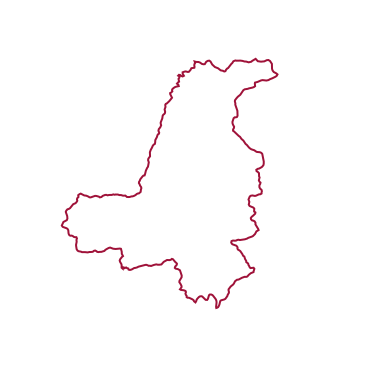 outline of Ituiutaba, Minas Gerais, Brazil, rotated 62°
{"feature_id": "56859067B2687887940000", "entity_name": "Ituiutaba", "entity_type": "district", "adm_level": 2, "iso_a3": "BRA", "parent_name": "Brazil", "parent_adm1": "Minas Gerais", "projection": "albers", "projection_center": [-49.543, -18.985], "detail": "fine", "context": "isolated", "style": "outline", "palette": "rose", "viewbox_px": 384, "rotation_deg": 62, "n_neighbors": 0, "source": "geoboundaries", "source_scale": "gbopen_adm2", "svg_char_len": 6061}
<svg xmlns="http://www.w3.org/2000/svg" viewBox="0 0 384 384"><g transform="rotate(62 192 192)"><path d="M227.3,289.1L226.0,288.3L226.7,287.5L227.6,287.3L227.7,285.6L228.9,285.0L229.6,284.2L230.8,284.4L231.7,283.4L232.1,281.7L232.0,278.6L232.4,277.7L232.8,275.9L232.8,274.3L234.5,267.3L235.0,266.3L236.9,264.8L237.3,263.8L238.1,262.9L238.5,260.0L239.1,257.6L240.1,256.4L240.8,255.2L241.6,253.0L240.4,249.8L240.3,246.0L241.6,243.8L241.9,242.5L241.6,241.2L242.4,240.4L246.1,239.6L247.3,239.1L248.4,239.0L249.4,240.1L249.9,241.8L250.9,242.8L251.9,242.5L253.5,240.6L255.5,239.4L260.9,240.3L262.4,241.2L264.5,244.7L265.6,245.5L268.1,245.3L270.2,245.4L271.2,246.0L272.3,248.3L273.3,247.7L274.9,245.4L276.3,244.2L277.5,244.3L278.7,245.5L279.9,245.7L281.2,245.5L282.4,246.1L283.3,245.5L283.9,244.4L284.7,243.7L287.0,242.0L288.3,241.4L289.5,241.5L291.1,240.8L290.4,239.6L289.4,238.6L288.8,237.6L288.0,235.3L287.9,234.0L288.4,232.7L289.1,232.0L293.6,230.6L294.4,229.3L293.8,228.1L291.1,225.4L290.9,224.3L291.6,223.1L292.5,222.4L293.4,222.1L297.4,221.4L298.6,221.4L299.7,221.6L301.1,222.2L304.8,224.7L305.8,225.0L306.0,223.9L305.9,222.9L305.2,221.8L304.3,220.7L301.6,218.3L301.3,217.2L302.0,214.0L302.0,212.7L300.5,209.7L299.6,208.8L298.3,206.7L297.3,206.2L296.2,206.0L295.1,205.4L293.6,202.2L293.0,199.1L292.5,198.0L291.0,195.9L290.6,193.5L291.2,191.9L291.2,188.0L291.6,185.3L292.4,184.0L292.6,182.8L291.8,180.8L291.3,178.3L291.6,175.3L290.8,174.7L289.1,173.0L287.8,173.2L286.6,176.1L285.6,176.4L284.3,176.3L282.9,176.4L281.5,176.0L279.4,177.0L278.3,176.5L276.1,176.6L273.5,176.1L272.3,176.8L270.5,176.7L266.9,177.1L265.6,177.7L264.3,178.5L263.2,178.4L262.3,177.8L261.3,177.8L260.2,178.1L257.2,180.8L256.3,181.1L255.0,181.1L253.9,180.1L254.1,178.6L255.2,176.9L255.6,175.8L255.6,174.5L256.0,173.3L256.9,172.3L258.6,167.5L259.0,165.2L258.9,163.8L259.5,160.0L259.5,158.8L258.7,156.1L257.0,153.6L256.9,151.1L255.7,150.9L250.4,151.2L249.0,150.4L247.3,150.5L246.2,151.2L245.3,152.3L243.8,152.7L242.6,152.3L241.9,150.9L241.6,149.2L240.8,146.4L239.8,145.6L238.4,146.3L235.8,144.8L234.5,145.2L231.4,147.7L229.8,147.8L227.6,146.0L225.1,145.6L223.1,143.1L222.9,141.9L223.4,140.3L225.0,138.3L225.3,137.3L225.5,134.1L226.1,132.6L226.0,131.3L224.9,130.7L224.1,129.9L222.7,129.6L220.9,130.3L219.3,130.2L217.7,129.3L216.8,127.9L215.8,127.1L214.6,127.6L213.1,127.5L210.9,125.5L209.6,125.4L206.8,124.0L205.1,124.5L203.9,125.2L202.6,124.8L202.4,123.1L202.8,121.8L202.8,120.2L202.7,118.5L202.3,117.4L201.8,116.3L200.7,115.4L198.7,114.3L191.4,112.1L190.4,112.3L189.4,112.8L188.6,113.6L187.1,115.9L185.9,116.7L184.5,117.3L182.1,119.6L180.8,120.3L179.5,120.8L176.1,121.5L174.8,122.1L170.7,122.5L168.4,123.4L165.8,123.7L164.5,124.4L158.4,126.4L157.2,127.0L156.0,126.3L155.2,125.0L154.2,124.2L151.8,124.2L150.5,124.0L149.1,123.4L146.4,120.6L146.1,119.3L146.6,118.4L146.9,117.2L146.1,116.0L141.6,113.8L135.3,112.8L134.1,112.1L132.1,111.6L131.2,111.0L130.2,108.9L129.4,106.8L128.8,103.7L126.2,98.8L126.1,97.2L127.1,94.3L127.2,93.2L128.2,89.6L128.4,88.1L128.2,86.6L125.7,85.6L125.0,85.0L125.6,82.4L125.9,78.7L126.3,77.2L128.5,74.0L129.1,71.9L129.0,70.3L129.3,67.7L129.4,64.2L129.2,62.7L128.3,61.3L126.8,61.9L124.4,63.5L122.6,63.8L120.8,63.5L116.4,61.3L113.0,61.6L111.3,62.6L110.7,64.1L110.6,66.8L109.3,69.9L107.4,72.5L104.3,73.3L104.5,77.3L104.8,78.5L104.1,81.1L102.3,82.9L101.4,84.4L100.0,85.8L98.7,87.6L97.0,91.0L96.2,92.0L96.0,94.1L97.1,96.0L97.3,97.0L99.5,101.9L99.5,103.0L100.1,104.6L101.0,105.8L100.7,107.0L99.5,107.8L98.0,109.6L95.0,110.9L92.4,113.1L88.9,114.3L85.5,114.4L84.1,115.1L83.6,116.6L83.7,118.3L85.1,120.7L84.6,121.9L83.6,123.1L81.4,124.2L80.3,125.2L79.0,127.4L78.0,128.4L79.6,128.7L80.3,129.9L81.6,130.7L82.7,131.0L83.4,131.6L82.4,134.4L83.6,136.2L84.4,138.4L84.0,139.4L82.6,140.9L82.2,142.1L81.9,144.1L83.2,144.7L85.6,144.6L85.6,146.0L84.5,147.0L83.3,147.4L82.4,148.5L82.8,149.6L84.1,148.8L85.1,149.5L85.8,150.8L88.5,151.6L88.7,153.0L89.3,154.4L91.0,153.7L92.3,154.0L91.6,156.4L91.4,157.6L91.5,159.2L91.9,160.9L92.6,161.8L93.9,162.1L94.4,163.6L94.4,164.9L95.4,165.3L99.4,165.4L101.1,169.4L102.0,172.7L101.9,173.8L102.5,174.7L104.5,175.5L106.2,177.4L108.4,178.0L109.5,178.7L110.1,179.8L110.3,181.1L110.9,182.1L113.1,183.7L115.9,187.0L117.1,187.6L118.6,187.9L120.0,189.7L120.9,191.8L122.2,192.9L124.2,193.1L125.0,193.8L125.1,194.9L125.6,195.8L127.1,197.3L128.9,200.0L131.0,201.3L132.1,202.2L132.2,203.7L133.0,205.3L133.9,206.3L135.4,208.6L137.1,210.5L140.8,212.3L142.0,214.8L143.2,215.8L145.5,216.2L149.0,219.0L149.6,220.2L151.5,222.7L154.2,225.1L155.1,226.1L154.7,227.1L155.0,228.3L156.5,231.7L157.6,232.9L158.2,234.0L159.2,234.7L160.6,234.6L161.9,234.8L164.0,234.6L165.1,235.1L165.8,235.9L167.8,237.3L168.3,239.6L167.9,240.5L167.8,241.7L168.2,243.3L168.2,245.0L168.0,246.4L167.5,247.5L167.1,249.5L166.5,250.7L165.8,251.8L163.9,252.5L162.9,254.6L161.3,256.2L160.6,257.6L159.5,258.6L158.4,260.5L158.1,261.6L157.2,262.6L156.9,264.2L155.7,266.6L155.3,268.1L154.3,269.0L153.8,270.1L153.5,272.6L153.9,274.3L153.5,275.9L152.4,276.4L150.6,278.3L149.9,279.4L149.2,284.0L148.5,285.1L147.6,285.5L145.7,287.0L144.4,288.8L141.2,291.0L141.1,292.4L141.4,294.0L143.1,294.6L143.6,296.2L144.4,297.0L145.9,297.4L146.7,298.7L147.2,300.1L147.0,302.6L149.0,307.3L149.1,308.8L148.8,310.1L149.4,311.7L150.3,312.8L154.7,313.5L157.0,314.5L158.1,315.8L158.1,319.6L160.5,322.7L162.1,322.5L165.2,319.7L166.3,319.2L167.7,319.2L170.5,320.4L171.6,320.6L172.7,320.5L173.5,319.9L174.0,318.7L175.0,317.9L176.2,317.4L177.0,316.5L177.6,315.3L179.0,315.4L179.7,316.2L180.5,316.7L181.8,317.2L184.1,319.1L185.1,319.6L188.3,320.7L189.8,320.6L190.9,320.1L192.6,318.0L193.4,317.4L194.8,314.8L196.4,312.4L196.8,310.8L197.9,308.6L198.2,307.5L197.9,306.3L198.2,305.0L199.5,304.1L200.4,303.8L201.2,302.7L201.5,301.7L202.3,300.1L202.9,297.0L202.4,295.6L202.3,293.6L202.3,291.8L202.6,290.4L205.0,288.3L206.4,286.3L208.1,282.2L208.8,281.4L211.8,282.1L213.6,283.0L216.2,283.0L216.5,284.4L217.6,286.9L218.5,288.0L219.8,288.3L222.5,288.2L223.6,288.5L225.8,289.7L227.3,289.1Z" fill="none" stroke="#9f1239" stroke-width="2"/></g></svg>